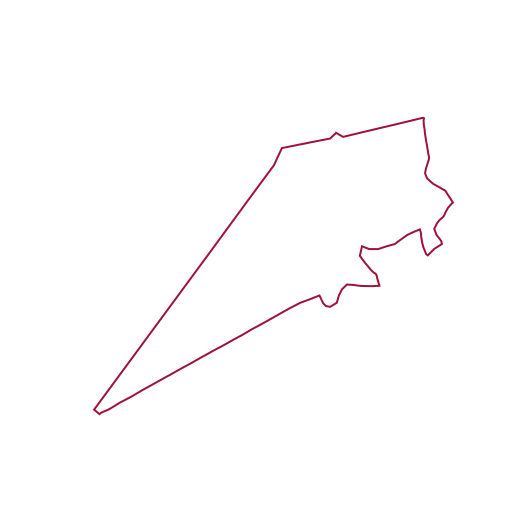 outline of Salkhad, As Suwayda', Syria, rotated 159°
{"feature_id": "27442178B39967895671995", "entity_name": "Salkhad", "entity_type": "district", "adm_level": 2, "iso_a3": "SYR", "parent_name": "Syria", "parent_adm1": "As Suwayda'", "projection": "robinson", "projection_center": [36.79, 32.496], "detail": "fine", "context": "isolated", "style": "outline", "palette": "rose", "viewbox_px": 512, "rotation_deg": 159, "n_neighbors": 0, "source": "geoboundaries", "source_scale": "gbopen_adm2", "svg_char_len": 2102}
<svg xmlns="http://www.w3.org/2000/svg" viewBox="0 0 512 512"><g transform="rotate(159 256 256)"><path d="M458.8,164.5L458.6,164.5L456.5,165.2L454.7,165.3L448.5,165.5L435.4,167.9L422.6,169.4L409.6,171.6L399.3,173.0L397.4,173.3L395.4,173.6L386.7,174.8L374.6,176.5L363.6,178.1L361.8,178.3L352.1,179.6L344.0,180.9L340.9,181.3L329.0,183.0L317.3,184.4L310.9,185.4L307.4,185.9L303.4,186.4L295.9,187.4L286.1,189.1L275.0,190.5L263.1,192.2L254.0,193.6L243.7,195.1L230.9,196.5L222.1,196.3L220.5,196.3L215.4,196.4L210.9,196.4L210.2,187.7L210.1,187.4L208.7,184.3L206.7,183.0L205.1,182.0L202.1,182.5L197.3,183.4L192.7,189.5L187.5,194.2L185.8,194.9L181.3,196.8L175.4,194.0L168.3,190.2L162.8,188.0L159.4,186.6L157.0,185.8L151.5,184.0L151.4,185.0L151.1,188.5L150.7,192.6L150.3,194.5L150.3,194.8L150.8,196.8L152.0,198.2L153.6,201.7L156.6,210.4L157.8,214.5L159.0,218.9L158.9,219.1L158.0,220.5L157.6,220.9L157.5,221.2L153.5,227.1L148.0,222.0L139.6,218.7L136.7,218.5L133.0,218.4L132.2,218.3L130.7,218.3L129.1,218.1L124.8,217.7L122.2,217.4L119.4,218.2L118.5,218.5L116.6,219.0L114.7,219.5L114.3,219.6L107.0,221.5L99.5,222.0L93.5,222.1L93.8,217.9L95.0,214.5L96.2,208.0L96.6,204.1L96.5,197.0L95.4,195.0L86.9,198.8L78.2,200.5L77.7,203.6L78.5,206.5L79.9,210.9L79.9,217.5L78.4,218.8L75.4,221.6L71.8,223.8L67.1,225.5L65.2,227.0L63.2,229.1L59.3,232.3L54.7,234.7L53.1,235.2L53.3,236.7L53.7,238.8L53.8,239.4L54.1,240.7L54.2,241.3L54.3,241.9L54.4,242.0L55.3,246.2L55.9,249.2L64.6,259.7L66.5,263.2L68.2,266.7L68.3,267.2L68.5,268.7L68.5,272.7L65.9,276.9L60.3,283.8L59.1,286.0L58.5,289.7L57.8,292.9L56.4,299.9L56.0,302.3L54.2,310.5L53.2,313.9L52.3,318.3L51.1,322.2L49.8,324.5L50.5,325.2L67.6,327.4L67.7,327.5L68.0,327.5L71.4,327.9L92.1,330.7L110.7,333.2L132.0,336.0L134.2,338.7L137.1,342.3L137.2,342.2L137.7,342.0L139.0,341.5L144.7,339.1L145.9,339.3L150.4,340.1L159.4,341.7L193.1,347.5L201.2,339.7L206.8,334.2L208.1,333.4L208.4,333.2L208.7,333.0L208.8,333.0L215.5,328.7L233.1,317.5L236.2,315.5L243.6,310.8L254.1,304.0L267.2,295.6L303.2,272.4L303.4,272.3L462.2,170.6L458.8,164.5Z" fill="none" stroke="#9f1239" stroke-width="2"/></g></svg>